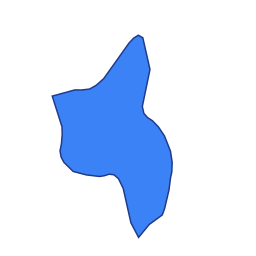 map outline of Jarash (Natural Earth projection), rotated 127°
{"feature_id": "JOR-856", "entity_name": "Jarash", "entity_type": "Province", "adm_level": 1, "iso_a3": "JOR", "parent_name": "Jordan", "parent_adm1": "", "projection": "natural_earth1", "projection_center": [35.881, 32.225], "detail": "fine", "context": "isolated", "style": "filled", "palette": "blue", "viewbox_px": 256, "rotation_deg": 127, "n_neighbors": 0, "source": "natural_earth", "source_scale": "10m", "svg_char_len": 657}
<svg xmlns="http://www.w3.org/2000/svg" viewBox="0 0 256 256"><g transform="rotate(127 128 128)"><path d="M59.6,178.3L52.9,177.6L47.7,175.6L47.0,170.5L68.0,145.7L102.2,129.5L106.8,124.1L107.9,118.7L107.5,112.8L108.9,104.2L112.4,94.1L120.9,80.2L128.9,72.0L136.7,66.6L142.1,64.1L152.8,58.0L170.0,50.4L176.7,48.3L192.3,53.0L209.0,53.7L201.9,68.7L179.1,95.5L174.2,105.1L173.8,111.1L176.3,115.3L180.4,118.2L183.8,121.5L190.5,133.0L195.7,145.6L194.0,158.5L191.5,163.9L187.2,168.5L180.6,171.7L172.7,176.7L166.8,181.4L148.1,207.7L129.6,193.4L125.8,188.2L120.1,182.2L113.1,179.1L103.2,177.1L59.6,178.3Z" fill="#3b82f6" stroke="#1e3a8a" stroke-width="1.5"/></g></svg>